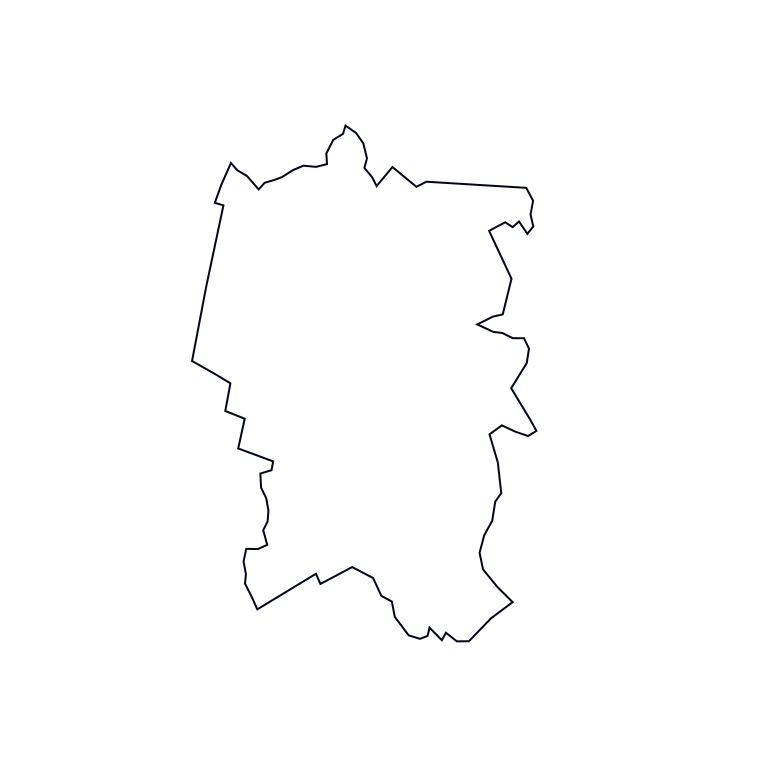 outline of Erebango, Rio Grande do Sul, Brazil, rotated 152°
{"feature_id": "56859067B55253671432658", "entity_name": "Erebango", "entity_type": "district", "adm_level": 2, "iso_a3": "BRA", "parent_name": "Brazil", "parent_adm1": "Rio Grande do Sul", "projection": "equal_earth", "projection_center": [-52.321, -27.826], "detail": "fine", "context": "isolated", "style": "outline", "palette": "ink", "viewbox_px": 768, "rotation_deg": 152, "n_neighbors": 0, "source": "geoboundaries", "source_scale": "gbopen_adm2", "svg_char_len": 1402}
<svg xmlns="http://www.w3.org/2000/svg" viewBox="0 0 768 768"><g transform="rotate(152 384 384)"><path d="M601.7,244.5L533.2,248.4L534.0,237.3L498.1,237.3L484.7,217.8L485.8,198.1L479.2,188.2L483.8,173.4L480.2,150.5L471.9,142.1L463.8,141.1L458.2,147.5L453.2,130.6L446.1,135.3L440.5,122.6L429.8,117.0L399.4,126.9L372.8,131.0L379.1,151.2L383.6,173.8L378.8,190.2L366.5,203.4L352.6,212.5L341.0,227.9L331.7,232.6L320.3,261.4L314.5,290.0L299.4,292.2L290.3,280.1L281.2,270.4L271.4,271.1L271.7,285.3L273.7,320.6L248.2,335.4L239.4,347.1L238.9,358.7L248.8,364.0L255.6,373.5L263.1,378.8L273.7,392.8L256.3,392.4L246.5,389.7L222.0,417.1L219.3,469.9L201.1,469.9L196.8,462.1L188.5,464.1L186.9,449.3L178.2,453.0L175.1,464.7L166.3,475.9L166.3,490.4L251.6,542.7L262.8,542.9L274.7,571.6L297.6,562.2L297.4,572.3L299.9,584.0L293.1,591.2L289.3,606.2L290.8,618.7L296.7,630.2L302.7,624.1L314.1,623.4L326.7,614.6L331.1,604.9L342.0,607.6L352.7,614.6L364.2,615.6L376.8,614.6L384.8,615.6L395.0,617.7L403.3,614.6L407.3,631.9L413.1,641.5L415.4,651.0L434.2,636.2L448.3,623.4L441.9,617.1L460.0,595.5L495.3,553.4L542.7,494.4L528.8,472.6L519.3,456.7L536.8,434.7L523.3,418.7L543.0,395.5L518.2,367.7L523.8,360.7L535.2,363.0L541.2,350.2L541.6,338.5L545.5,326.4L551.3,317.3L559.3,311.6L562.6,296.8L572.7,297.4L583.0,303.1L591.3,293.3L595.2,280.9L600.4,273.1L600.7,258.3L601.7,244.5Z" fill="none" stroke="#020617" stroke-width="2"/></g></svg>